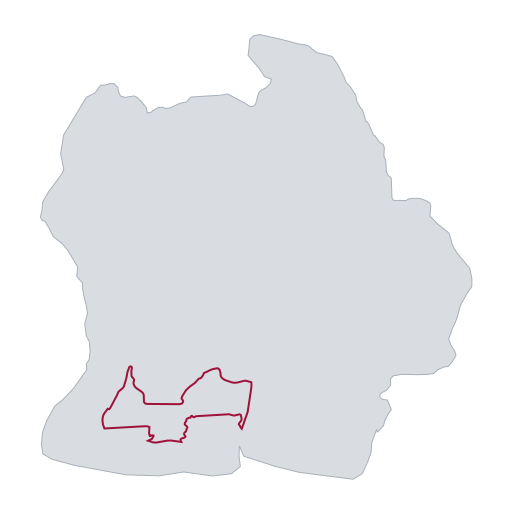 where Para sits in Suriname, rotated 181°
{"feature_id": "SUR-68", "entity_name": "Para", "entity_type": "District", "adm_level": 1, "iso_a3": "SUR", "parent_name": "Suriname", "parent_adm1": "", "projection": "mercator", "projection_center": [-55.311, 5.329], "detail": "fine", "context": "in_parent", "style": "outline", "palette": "rose", "viewbox_px": 512, "rotation_deg": 181, "n_neighbors": 0, "source": "natural_earth", "source_scale": "10m", "svg_char_len": 4473}
<svg xmlns="http://www.w3.org/2000/svg" viewBox="0 0 512 512"><g transform="rotate(181 256 256)"><path d="M454.7,102.3L445.7,109.9L436.0,120.7L423.2,139.3L423.7,145.1L420.9,149.8L420.2,158.2L421.2,167.5L424.4,173.6L426.0,185.3L423.5,195.7L424.4,201.8L427.0,211.5L429.1,221.7L428.9,225.9L432.0,229.3L434.9,232.6L434.0,241.7L444.1,258.1L450.3,265.2L459.3,272.1L462.6,278.9L467.7,287.1L470.7,288.0L472.3,291.3L470.7,297.6L470.3,306.3L464.6,316.5L451.3,335.1L449.7,339.4L453.1,354.9L451.3,367.5L450.5,373.6L444.0,384.7L428.5,411.6L419.6,416.4L414.3,424.2L410.8,424.2L406.9,425.0L405.7,425.9L400.9,425.8L397.1,422.4L396.5,418.3L394.4,413.7L389.7,412.3L380.6,413.9L378.0,412.7L372.7,407.7L368.2,402.3L367.1,397.1L364.2,397.6L357.4,402.3L352.7,403.3L349.0,402.0L344.9,402.4L334.4,407.5L328.2,408.7L323.8,413.8L294.7,416.1L287.1,417.5L269.7,408.6L265.2,405.7L262.9,405.3L261.0,405.8L259.1,407.7L256.2,418.9L253.6,421.9L249.0,424.4L244.6,428.8L243.7,433.1L250.6,435.5L256.3,443.9L262.4,450.6L267.4,456.5L266.7,463.2L265.9,472.7L262.3,476.0L256.3,477.5L234.2,472.9L217.3,468.8L210.2,467.9L207.0,466.9L202.8,463.4L198.5,460.2L191.6,459.0L183.4,456.8L177.4,448.5L171.1,436.6L168.9,431.2L164.0,426.0L159.2,418.6L157.8,412.1L154.1,406.1L152.2,404.0L149.4,395.8L148.9,392.8L147.5,392.4L145.5,389.8L141.6,381.0L140.7,378.9L139.0,378.1L134.5,371.9L130.9,369.8L129.6,366.7L129.9,358.1L128.0,353.8L127.4,345.8L127.3,342.6L125.4,339.0L122.3,336.7L121.8,330.8L121.1,316.5L119.6,314.0L106.6,314.1L105.3,315.5L99.7,316.4L93.4,316.5L87.8,314.6L83.1,312.1L82.1,309.0L82.8,299.0L75.2,291.4L63.3,282.1L59.7,270.2L55.3,262.8L42.0,247.3L39.7,236.7L39.7,229.2L44.3,222.3L50.8,210.2L53.5,199.1L55.5,193.4L58.8,185.9L61.9,176.2L59.5,170.2L55.6,164.3L54.3,159.9L58.1,153.5L62.0,148.9L66.3,148.3L71.9,145.6L76.2,141.7L82.9,140.6L91.2,140.2L108.1,140.2L116.7,138.6L119.4,135.4L119.0,129.4L123.3,123.9L127.8,121.6L129.6,119.8L129.9,117.8L128.7,116.0L126.9,114.8L122.2,114.3L118.0,104.9L120.9,100.7L124.5,93.1L125.5,88.8L131.2,82.1L132.5,84.2L136.9,71.9L137.5,61.9L140.8,52.0L145.9,40.3L155.1,34.5L208.8,40.4L233.3,46.0L264.8,55.7L269.3,65.9L269.5,55.7L268.0,45.3L276.7,37.9L295.8,35.3L324.5,38.8L349.1,34.5L382.6,35.0L433.4,43.4L456.2,49.1L465.5,54.3L467.3,63.7L466.4,75.6L462.7,87.0L454.7,102.3Z" fill="#d9dde1" stroke="#a8b0b8" stroke-width="1"/><path d="M360.7,69.4L356.9,71.3L355.6,73.6L355.4,73.8L355.4,74.8L355.8,74.8L356.9,74.9L357.2,74.8L357.7,74.4L358.4,74.2L359.0,74.2L359.2,74.5L359.0,75.0L359.0,75.4L359.4,75.6L359.7,76.1L359.8,77.2L359.6,83.2L361.6,83.8L363.7,83.9L404.5,80.9L406.0,84.7L406.6,88.4L406.6,90.7L406.4,92.1L406.1,93.4L405.7,94.6L405.1,95.7L401.6,100.7L400.1,100.2L399.0,101.7L392.8,113.8L391.4,117.2L390.8,118.2L387.0,121.5L386.3,122.5L385.8,123.3L383.5,131.5L382.5,137.7L380.7,142.8L379.8,143.4L379.1,143.4L378.4,142.8L378.1,142.0L378.2,141.2L378.6,139.5L378.5,135.3L378.4,134.2L378.0,133.1L377.2,132.2L376.4,131.4L375.8,130.4L375.8,129.5L376.3,127.2L376.2,126.1L375.8,125.0L375.2,123.9L374.4,122.8L373.4,121.9L367.7,118.0L366.8,117.1L366.1,116.0L365.8,114.9L365.5,108.4L365.0,107.4L364.3,106.6L362.1,106.2L330.3,106.5L327.6,107.1L326.5,108.6L326.3,109.6L326.8,110.6L327.3,111.2L327.8,111.9L327.9,112.6L327.8,113.3L327.5,114.2L323.7,120.5L320.1,124.1L315.0,127.9L311.3,132.1L310.5,132.6L309.3,132.8L308.7,133.2L307.9,134.5L307.4,135.1L306.9,135.6L306.7,136.2L306.3,137.5L305.9,138.1L305.3,138.5L304.1,138.8L303.7,139.1L302.6,139.6L300.7,140.7L297.4,142.1L292.8,143.1L291.6,142.7L290.5,141.7L289.7,139.4L289.4,137.8L289.3,136.4L289.0,135.2L288.4,134.1L287.1,132.8L285.9,132.0L284.7,131.4L277.9,129.2L275.7,128.9L273.5,129.0L271.0,129.5L265.8,131.0L264.7,131.1L263.6,131.0L258.5,129.7L258.3,127.8L258.4,124.2L261.6,100.0L267.2,83.0L268.6,84.6L269.1,86.0L270.2,87.1L270.1,88.2L269.4,89.3L268.4,90.3L267.6,92.1L267.6,93.6L268.0,94.9L268.3,96.6L269.0,97.2L270.0,97.4L274.8,96.1L276.1,96.2L280.3,97.3L312.6,94.8L313.9,94.4L314.6,94.0L315.4,93.7L316.1,94.0L316.7,94.6L317.4,95.1L318.0,94.9L318.3,94.3L318.5,93.7L319.1,93.1L320.0,93.1L321.6,92.4L322.4,91.9L322.7,91.3L322.9,90.0L323.1,89.3L323.7,88.7L324.1,87.9L324.3,87.2L324.3,86.5L323.8,85.8L322.2,84.5L321.7,83.8L321.7,83.1L322.4,81.7L322.7,80.2L323.0,79.4L323.9,78.6L324.5,77.9L324.8,77.1L324.7,76.3L324.3,75.6L323.8,75.1L323.4,74.4L323.6,73.7L324.9,72.9L326.7,72.4L327.7,71.9L328.2,71.3L328.2,70.6L328.0,69.9L327.4,68.8L337.7,70.0L341.3,69.9L352.6,67.7L355.3,67.8L360.7,69.4Z" fill="none" stroke="#9f1239" stroke-width="2"/></g></svg>